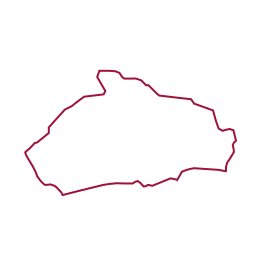 outline of Mukjar, Central Darfur, Sudan, rotated 82°
{"feature_id": "16777658B99051784139015", "entity_name": "Mukjar", "entity_type": "district", "adm_level": 2, "iso_a3": "SDN", "parent_name": "Sudan", "parent_adm1": "Central Darfur", "projection": "natural_earth1", "projection_center": [23.598, 11.812], "detail": "fine", "context": "isolated", "style": "outline", "palette": "rose", "viewbox_px": 256, "rotation_deg": 82, "n_neighbors": 0, "source": "geoboundaries", "source_scale": "gbopen_adm2", "svg_char_len": 2119}
<svg xmlns="http://www.w3.org/2000/svg" viewBox="0 0 256 256"><g transform="rotate(82 128 128)"><path d="M67.4,148.4L73.2,151.4L88.2,145.3L91.3,147.4L90.9,167.1L95.4,175.4L98.4,180.4L101.0,188.0L109.2,197.8L116.4,206.4L121.9,207.1L129.7,220.0L129.9,222.5L134.1,227.6L135.7,230.1L137.5,233.0L137.8,233.2L140.7,232.7L141.9,232.2L145.8,230.6L149.7,228.9L151.7,228.1L153.1,227.5L157.4,226.0L158.6,225.6L159.0,225.5L161.8,224.9L163.1,224.7L165.2,223.5L167.4,222.4L170.7,220.1L172.2,218.8L172.6,218.3L172.9,217.6L173.0,216.1L173.1,212.6L173.7,211.4L174.7,209.4L175.0,208.9L175.9,207.9L176.7,207.1L177.4,206.5L179.3,205.3L181.6,203.6L182.4,203.1L185.3,202.0L185.3,201.9L185.2,201.6L185.2,201.4L185.2,200.8L185.1,200.4L185.1,200.1L185.1,199.9L185.0,199.6L185.0,199.0L184.9,198.6L184.9,198.3L184.8,197.9L184.8,197.7L184.7,196.9L184.7,196.5L184.6,196.0L184.5,194.9L184.4,194.4L184.1,191.1L184.0,190.8L183.9,189.7L183.9,189.2L183.8,188.6L183.5,185.7L183.0,181.5L183.0,180.8L182.9,179.8L182.5,176.1L182.4,175.7L182.1,172.1L181.9,170.5L181.8,169.0L181.0,161.4L180.9,160.6L180.9,159.9L180.9,158.8L180.9,157.5L180.8,155.1L181.1,147.3L181.3,146.0L182.8,136.8L183.2,134.0L183.6,131.2L182.2,128.1L182.1,127.0L181.9,125.8L183.3,124.3L183.9,123.5L185.4,122.5L187.3,121.2L188.1,120.6L188.1,118.7L188.1,118.3L187.3,116.6L187.1,116.0L188.6,111.9L186.0,101.6L183.8,92.9L184.7,90.2L185.9,87.0L186.4,86.6L185.6,86.0L185.4,85.8L185.2,85.7L184.8,85.4L184.4,85.1L184.2,84.8L183.6,84.4L182.4,83.5L179.9,81.5L179.6,81.3L178.9,80.8L178.9,80.7L178.7,80.2L178.6,79.8L178.2,78.1L177.9,76.7L177.5,75.1L177.5,74.6L177.3,72.9L177.0,68.2L177.3,66.9L177.9,64.0L179.7,55.4L181.6,46.3L182.1,44.0L182.1,43.8L183.8,39.2L184.4,37.1L183.6,36.9L182.5,36.7L180.0,36.3L176.1,34.6L173.1,31.8L166.6,26.5L163.2,26.3L159.9,26.7L157.5,25.4L155.6,22.8L144.9,23.9L143.1,27.6L143.4,31.3L143.9,34.7L141.2,38.3L133.5,39.9L123.6,41.2L122.4,41.4L113.0,59.2L108.3,61.5L103.0,82.0L100.2,92.6L98.1,94.5L88.4,101.9L88.3,104.1L82.7,108.2L80.1,113.4L78.6,124.8L76.7,126.7L72.3,128.8L70.1,132.5L68.8,138.3L68.0,144.0L67.4,148.4Z" fill="none" stroke="#9f1239" stroke-width="2"/></g></svg>